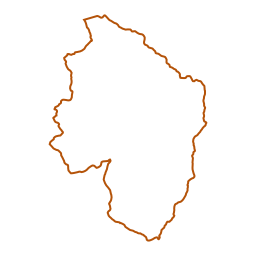 Antonio Raymondi, Áncash, Peru (Mercator projection)
{"feature_id": "86281439B42747407392018", "entity_name": "Antonio Raymondi", "entity_type": "district", "adm_level": 2, "iso_a3": "PER", "parent_name": "Peru", "parent_adm1": "Áncash", "projection": "mercator", "projection_center": [-77.041, -9.136], "detail": "fine", "context": "isolated", "style": "outline", "palette": "amber", "viewbox_px": 256, "rotation_deg": 0, "n_neighbors": 0, "source": "geoboundaries", "source_scale": "gbopen_adm2", "svg_char_len": 5755}
<svg xmlns="http://www.w3.org/2000/svg" viewBox="0 0 256 256"><path d="M204.2,85.7L203.5,85.1L202.3,83.6L201.1,81.7L200.4,81.2L198.3,80.8L196.7,79.9L196.3,79.9L195.2,80.4L194.3,81.2L193.7,81.2L192.9,81.1L192.3,80.2L191.7,78.9L190.4,76.6L189.7,76.1L188.0,76.1L187.0,76.3L186.5,76.7L185.9,77.7L185.3,78.0L184.6,78.1L181.6,78.0L180.5,77.8L180.3,77.7L180.2,77.4L180.2,76.7L179.8,75.8L179.9,75.3L179.9,74.2L179.2,73.0L177.8,71.7L176.6,71.3L176.1,70.1L175.6,69.6L173.6,68.7L172.7,67.9L171.6,67.4L169.9,66.8L169.5,65.1L169.3,64.7L167.8,63.6L167.2,63.4L166.7,62.9L166.5,62.2L166.6,59.6L166.0,58.3L165.2,57.1L164.1,56.6L161.7,56.0L160.9,55.6L159.1,54.2L158.2,53.7L156.2,53.3L155.7,53.0L155.5,52.5L155.4,51.8L155.1,51.2L153.6,49.8L152.7,48.7L152.1,48.4L148.9,47.5L148.3,47.0L147.6,45.8L147.1,45.5L145.0,44.6L144.5,44.0L144.0,43.0L144.1,41.6L144.6,39.5L144.7,37.6L144.5,37.0L143.8,35.8L142.9,34.8L141.9,34.3L139.9,34.0L138.9,33.7L137.3,32.8L135.3,31.3L134.3,31.2L132.7,31.5L131.8,31.3L131.1,30.2L130.6,29.7L130.3,29.5L127.8,29.4L125.6,29.6L122.5,28.6L121.0,27.7L119.5,27.0L118.9,26.6L118.1,25.1L116.7,23.8L115.9,23.4L114.6,23.0L113.8,22.6L111.2,20.9L109.5,20.1L108.4,19.0L107.9,18.4L105.8,16.1L104.9,15.4L104.4,15.4L104.2,15.5L102.5,17.4L101.7,17.6L101.3,17.7L100.8,17.6L98.7,16.4L97.4,16.0L97.1,16.0L84.1,19.8L85.2,21.5L86.0,23.5L87.0,27.5L87.8,28.1L88.5,29.1L89.1,30.4L89.4,31.8L90.3,33.6L90.5,34.8L90.9,36.0L90.5,36.7L90.4,37.0L90.9,38.4L91.7,39.5L91.9,40.5L91.5,41.0L90.9,40.9L90.7,41.1L89.7,42.4L88.2,43.8L87.9,44.3L86.5,45.5L85.7,46.5L84.4,48.8L82.1,50.5L80.1,51.4L77.3,52.0L75.2,52.3L74.6,53.1L74.5,53.7L74.1,54.0L72.7,54.1L71.4,54.8L70.3,54.6L69.2,54.1L68.1,54.0L67.6,54.1L67.4,54.3L67.5,54.7L67.4,55.0L67.0,55.5L64.2,57.9L64.3,58.8L64.7,59.8L66.0,61.4L66.1,62.0L65.6,63.5L65.7,63.9L66.7,66.6L68.0,68.9L68.7,69.6L70.2,70.6L70.8,71.4L71.6,72.8L71.4,73.9L71.1,75.0L71.1,76.2L71.5,77.3L71.2,78.7L71.6,80.9L71.6,82.0L71.5,83.0L71.2,84.2L70.3,86.2L70.1,88.4L70.6,90.0L70.9,90.6L71.9,91.0L72.3,91.3L72.5,91.9L71.9,95.2L71.8,97.3L71.1,99.0L70.4,99.9L69.7,100.2L68.7,100.4L67.5,100.3L66.0,100.0L63.7,99.7L62.7,99.8L61.8,100.3L61.0,101.2L61.0,102.7L60.7,103.3L59.0,104.4L58.8,105.1L58.3,105.7L57.2,106.3L55.3,107.2L54.5,109.1L54.6,109.3L55.3,109.3L56.1,109.8L56.8,110.5L57.0,111.1L57.0,111.8L56.3,113.5L56.5,115.5L55.7,115.8L54.8,116.8L53.8,117.4L53.3,118.0L53.4,118.3L53.9,119.1L54.5,120.6L55.4,121.9L56.4,122.4L57.6,122.7L58.4,123.2L58.9,123.8L59.1,124.3L58.5,125.8L58.6,126.4L60.4,129.1L61.3,130.0L62.0,131.1L62.7,131.8L62.9,132.4L62.8,132.9L60.5,135.4L60.0,135.6L59.1,135.6L56.1,136.3L55.0,136.9L54.4,137.4L53.8,138.1L53.7,139.3L52.2,140.4L50.4,142.0L50.2,142.5L49.7,144.2L51.6,146.2L53.4,148.3L54.3,148.9L55.2,149.3L56.4,149.9L57.9,150.2L58.7,150.8L60.8,152.9L61.1,153.7L61.2,155.4L62.3,157.3L64.1,161.0L64.3,162.1L64.7,163.0L66.1,164.3L67.7,164.9L68.1,165.8L68.2,168.5L68.5,170.5L70.1,172.5L71.0,173.3L72.4,173.2L73.8,173.0L77.4,172.2L79.1,171.7L80.2,171.7L81.6,172.1L83.4,171.7L85.2,170.9L86.7,169.9L88.4,168.1L89.4,167.3L90.2,166.8L90.9,166.3L92.4,165.5L93.7,165.6L94.4,165.9L96.5,167.8L97.6,167.6L99.0,166.9L100.4,165.9L101.0,164.8L101.5,162.3L102.2,161.7L103.2,161.4L108.0,161.0L109.2,159.9L109.7,159.6L110.1,159.6L110.5,160.6L110.4,161.2L110.0,161.9L108.2,163.9L107.5,166.3L106.9,169.2L105.5,172.6L105.2,174.0L104.6,175.1L103.8,178.9L103.7,179.4L103.9,180.2L105.0,183.1L106.3,185.4L108.2,187.6L110.1,190.2L110.9,193.8L111.3,194.9L111.6,197.3L111.2,199.7L110.7,201.0L110.1,201.8L109.8,202.6L109.3,203.1L109.1,203.8L109.8,205.4L110.1,206.5L110.2,207.5L110.5,208.7L110.2,209.7L109.9,210.2L108.3,211.5L107.9,212.3L107.7,212.8L108.7,215.7L109.8,217.0L110.5,217.5L112.3,219.3L113.6,220.1L114.7,221.2L115.9,221.8L117.4,222.0L119.1,222.3L119.7,222.5L120.1,223.1L120.6,223.0L121.2,223.2L122.9,224.0L124.3,224.9L124.6,225.3L125.3,226.7L125.6,227.0L128.7,229.1L130.1,230.0L133.0,230.7L135.3,232.0L136.7,232.3L137.7,233.0L139.0,233.4L140.4,233.4L141.8,234.3L143.4,234.9L144.2,235.7L146.0,237.1L146.5,238.4L146.8,239.7L147.6,240.4L148.9,240.6L150.5,240.2L152.6,239.3L154.8,237.9L156.4,237.4L156.9,237.4L157.4,237.6L157.9,238.3L158.2,239.0L158.7,239.2L159.1,238.8L159.5,238.0L159.7,237.4L159.7,237.0L159.3,236.5L159.3,235.6L159.4,235.4L160.1,234.6L160.9,233.2L161.3,231.6L161.5,230.1L163.1,228.5L164.0,227.8L164.4,227.0L164.7,225.7L165.9,224.6L166.2,223.9L166.5,223.0L167.3,221.8L167.7,221.7L169.2,221.8L169.5,221.7L170.5,220.7L171.5,219.9L172.4,218.1L173.4,217.3L174.3,215.7L174.2,215.4L173.6,214.7L173.5,213.9L173.9,212.8L174.3,210.1L174.2,208.4L174.4,206.4L175.0,204.7L175.5,204.1L176.9,203.5L178.2,202.4L180.5,201.8L180.9,201.6L181.8,200.9L182.8,199.9L183.6,198.8L185.2,196.1L185.7,195.2L186.2,193.3L187.1,191.7L187.6,190.2L187.5,188.6L187.8,187.7L187.9,185.6L187.5,185.2L187.5,184.9L188.1,183.3L188.2,181.5L188.5,181.0L190.5,179.3L191.9,178.5L193.2,178.0L193.6,177.7L194.4,176.7L194.4,175.4L193.6,173.4L192.6,169.6L192.5,167.8L192.7,163.5L192.5,162.4L192.9,158.3L192.8,157.7L192.4,156.8L192.1,155.9L192.3,155.3L193.0,154.6L193.3,154.0L193.4,152.3L193.8,151.8L194.6,151.3L194.9,150.9L194.9,150.4L194.4,148.5L194.3,147.1L194.1,146.1L193.6,145.1L193.7,143.8L193.1,141.7L193.3,139.8L193.6,138.7L194.7,136.9L195.2,136.4L197.4,135.1L198.6,133.5L200.3,131.7L200.8,130.6L201.9,129.4L202.5,128.3L204.0,126.6L205.0,125.9L205.6,125.1L205.7,124.2L206.3,123.0L206.3,122.6L205.9,122.2L205.4,121.8L204.6,121.6L204.2,121.2L203.9,120.4L203.8,119.6L203.5,118.6L203.5,117.8L204.0,116.8L204.1,115.9L204.0,115.0L203.6,113.7L203.6,112.7L204.2,111.7L204.5,109.6L205.0,108.4L205.1,107.6L204.2,106.0L204.1,105.4L204.1,103.8L203.4,101.0L203.5,99.9L203.9,98.5L204.1,96.5L204.9,94.4L205.0,93.4L205.0,90.8L204.7,90.0L204.4,86.2L204.2,85.7Z" fill="none" stroke="#b45309" stroke-width="2"/></svg>